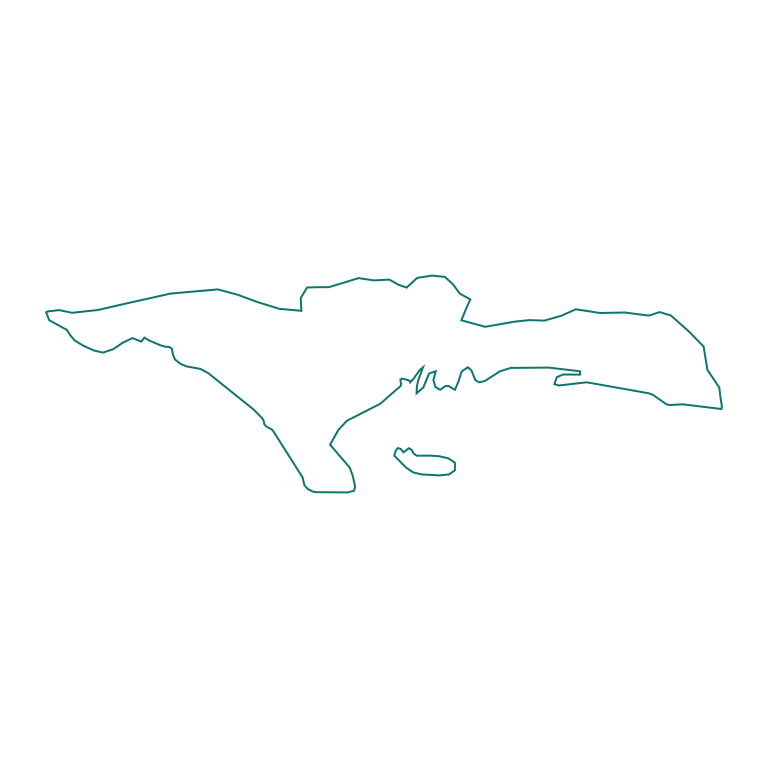 an SVG outline of Sud
{"feature_id": "HTI-1362", "entity_name": "Sud", "entity_type": "Department", "adm_level": 1, "iso_a3": "HTI", "parent_name": "Haiti", "parent_adm1": "", "projection": "robinson", "projection_center": [-73.723, 18.228], "detail": "fine", "context": "isolated", "style": "outline", "palette": "teal", "viewbox_px": 768, "rotation_deg": 0, "n_neighbors": 0, "source": "natural_earth", "source_scale": "10m", "svg_char_len": 2049}
<svg xmlns="http://www.w3.org/2000/svg" viewBox="0 0 768 768"><path d="M721.4,409.0L682.7,404.3L670.3,405.0L666.5,404.3L652.8,394.8L648.8,393.3L586.7,382.3L558.8,385.5L554.4,384.1L556.9,377.1L563.1,374.5L580.0,374.6L580.0,371.3L548.8,367.6L510.9,367.9L499.9,371.3L484.8,381.0L479.1,382.3L475.4,380.2L471.4,370.3L467.9,367.3L461.7,371.4L458.3,381.9L454.9,389.8L448.5,386.0L445.6,386.0L440.1,389.8L435.5,387.1L433.4,380.1L435.7,371.3L429.1,373.5L423.3,387.5L416.6,393.3L416.9,386.0L418.5,379.6L423.0,367.3L419.3,370.5L414.0,378.2L410.2,382.3L409.9,381.0L407.1,379.8L402.1,378.6L400.4,379.6L400.6,381.7L401.2,384.1L400.6,386.0L380.2,403.8L346.8,420.8L338.3,430.0L330.1,444.7L349.8,467.7L352.8,476.0L355.1,486.6L354.0,490.7L347.8,492.4L316.8,492.2L312.3,491.4L307.8,489.0L304.4,485.3L302.6,477.4L272.7,430.3L271.2,429.1L267.7,427.4L266.0,426.3L264.4,424.3L264.0,422.6L263.7,420.9L262.5,418.6L253.8,409.7L208.5,373.3L200.4,368.9L186.1,366.3L180.1,363.6L175.0,359.5L172.9,354.5L171.9,348.7L169.3,347.0L165.3,346.7L160.4,345.3L148.4,340.1L144.4,337.6L141.3,341.6L132.5,338.1L123.1,342.5L113.2,349.2L102.9,352.6L94.3,350.6L83.7,345.9L74.6,340.4L70.8,335.9L66.8,329.9L49.2,320.2L46.1,312.3L47.9,311.4L59.1,310.1L72.1,312.8L97.9,310.0L123.5,304.1L170.4,293.6L217.8,289.4L237.5,294.7L257.0,301.9L279.2,308.8L301.4,310.8L300.7,298.1L307.1,287.5L317.9,287.2L328.7,287.2L343.7,282.7L358.6,278.1L373.8,280.4L389.3,279.6L398.6,284.8L406.6,287.6L417.2,277.9L432.2,275.6L444.9,276.9L453.1,284.5L459.8,293.6L470.3,299.4L466.1,308.7L461.4,320.3L485.1,326.8L514.9,321.6L529.7,320.1L544.4,320.6L561.2,315.8L575.8,309.3L600.1,313.0L624.9,312.5L637.1,314.1L649.0,315.6L659.6,312.1L670.9,315.5L688.7,331.3L703.6,346.5L707.4,369.8L719.3,387.6L720.4,397.0L721.9,406.4L721.4,409.0ZM431.1,455.7L439.0,456.2L448.3,458.3L454.9,462.7L454.9,470.3L449.1,474.4L439.6,475.4L421.4,474.4L413.2,472.4L406.1,467.6L394.3,455.7L395.8,450.3L397.9,448.1L400.6,448.9L403.6,452.3L408.9,448.2L411.5,449.7L413.4,453.3L416.6,455.7L431.1,455.7Z" fill="none" stroke="#0f766e" stroke-width="2"/></svg>